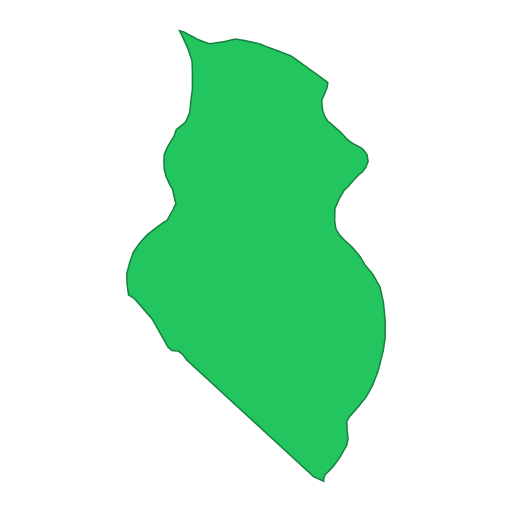 the district of Dame De Traversay, Anse-la-Raye, Saint Lucia
{"feature_id": "8701671B44154359269961", "entity_name": "Dame De Traversay", "entity_type": "district", "adm_level": 2, "iso_a3": "LCA", "parent_name": "Saint Lucia", "parent_adm1": "Anse-la-Raye", "projection": "robinson", "projection_center": [-60.986, 13.918], "detail": "fine", "context": "isolated", "style": "filled", "palette": "green", "viewbox_px": 512, "rotation_deg": 0, "n_neighbors": 0, "source": "geoboundaries", "source_scale": "gbopen_adm2", "svg_char_len": 3182}
<svg xmlns="http://www.w3.org/2000/svg" viewBox="0 0 512 512"><path d="M152.7,319.9L168.0,347.1L172.0,350.6L178.2,351.0L182.8,354.5L186.8,360.1L304.0,467.8L309.8,473.1L311.2,474.4L312.5,475.7L313.6,476.7L323.3,481.1L323.7,481.3L323.7,478.5L325.3,474.4L330.3,469.7L333.5,466.2L333.8,465.8L340.2,456.8L341.5,454.5L343.9,450.2L346.1,446.4L346.8,445.2L347.0,443.8L347.3,442.4L347.7,440.6L348.0,438.9L347.9,437.4L347.3,431.9L347.0,429.5L346.8,421.3L347.4,420.3L349.3,417.0L350.4,415.6L356.1,409.3L358.0,407.2L359.6,405.2L361.0,403.2L364.1,399.5L364.7,398.8L366.6,396.0L367.5,394.6L369.5,391.0L370.8,388.5L372.3,385.9L373.0,384.2L374.0,381.6L376.3,375.6L377.5,372.7L378.0,371.4L378.3,370.3L379.5,365.5L380.8,360.2L381.8,356.3L383.0,351.7L383.1,351.2L383.5,349.1L384.1,344.9L384.4,342.7L384.7,341.2L385.0,338.8L385.1,337.2L385.1,336.8L385.2,331.7L385.2,329.7L385.2,326.5L385.2,320.6L384.6,315.0L384.6,314.5L384.5,313.5L383.4,302.5L383.1,301.1L381.7,294.6L381.2,292.6L380.4,288.9L380.2,287.8L380.0,287.0L379.6,286.4L375.4,278.9L374.6,277.5L373.2,274.8L372.9,274.5L370.9,272.0L369.8,270.7L364.9,264.8L360.8,257.8L360.5,257.2L354.1,249.4L352.0,247.1L351.8,246.8L349.8,245.1L348.9,244.3L346.1,241.7L344.3,240.0L340.6,236.0L339.3,234.6L337.8,232.1L336.1,229.4L335.9,228.6L334.7,221.5L334.7,220.6L334.8,214.8L334.8,214.1L334.9,208.8L335.7,206.8L337.1,203.7L337.4,203.0L339.3,198.6L340.2,197.1L341.8,194.3L344.3,190.1L348.1,186.6L350.6,183.7L351.1,183.1L353.4,180.4L357.4,176.1L359.9,173.8L361.6,172.6L362.3,171.9L363.3,170.7L364.8,168.7L365.7,167.5L366.2,166.3L367.6,162.8L368.1,161.7L367.8,159.6L367.5,157.5L367.2,155.0L366.9,154.6L364.0,150.5L363.6,150.0L362.9,149.4L362.5,149.0L361.5,148.1L359.8,147.1L356.5,145.4L356.0,145.2L353.1,143.7L349.7,141.3L347.1,139.1L345.9,138.0L345.0,137.0L342.0,133.7L341.4,133.0L339.4,131.1L335.7,128.0L333.5,125.9L332.4,125.0L331.1,123.7L328.1,121.3L327.7,121.1L327.2,120.3L326.1,118.4L325.3,117.2L324.9,116.4L324.7,116.1L322.7,110.9L322.1,105.9L322.0,104.1L321.7,100.2L322.6,98.2L324.0,94.9L324.3,94.2L325.2,92.3L326.7,88.6L326.9,88.1L327.3,86.0L327.8,83.1L327.7,82.5L326.7,81.7L321.9,78.1L317.4,74.8L308.4,68.4L302.2,63.9L296.8,60.0L295.2,58.8L293.5,57.6L291.6,56.4L290.4,55.7L289.8,55.4L286.8,54.3L280.2,51.7L273.4,49.2L264.9,46.1L263.5,45.5L261.2,44.4L257.8,43.5L256.1,43.0L255.5,42.9L254.2,42.6L252.5,42.2L246.5,40.9L244.1,40.4L239.5,39.7L236.5,39.2L235.2,39.1L233.2,39.5L231.8,39.8L229.1,40.5L224.7,41.6L223.1,41.9L221.0,42.0L218.6,42.5L217.8,42.6L215.7,42.9L215.4,43.0L213.1,43.3L211.0,43.6L209.4,43.7L206.7,42.8L202.4,41.3L201.9,41.1L199.3,40.0L198.4,39.7L196.7,39.1L195.5,38.2L194.5,37.5L193.0,36.8L192.0,36.3L187.2,33.9L184.6,32.3L183.5,31.9L181.5,31.3L179.5,30.7L182.5,36.6L187.8,48.3L191.1,58.1L192.1,61.6L192.4,72.2L192.4,89.6L190.8,101.3L190.1,108.9L189.5,113.1L185.5,122.2L176.2,129.7L174.2,135.8L167.6,146.8L164.3,154.3L163.9,162.7L164.3,169.5L166.2,176.7L169.6,184.3L172.5,189.2L174.9,200.2L175.9,203.6L172.5,210.8L166.9,220.6L163.9,222.1L157.0,227.1L147.3,234.6L139.7,243.0L133.4,252.1L129.8,262.3L126.8,273.3L127.1,283.9L128.5,294.9L132.6,297.4L134.7,298.9L151.8,318.7L152.7,319.9Z" fill="#22c55e" stroke="#15803d" stroke-width="1.5"/></svg>